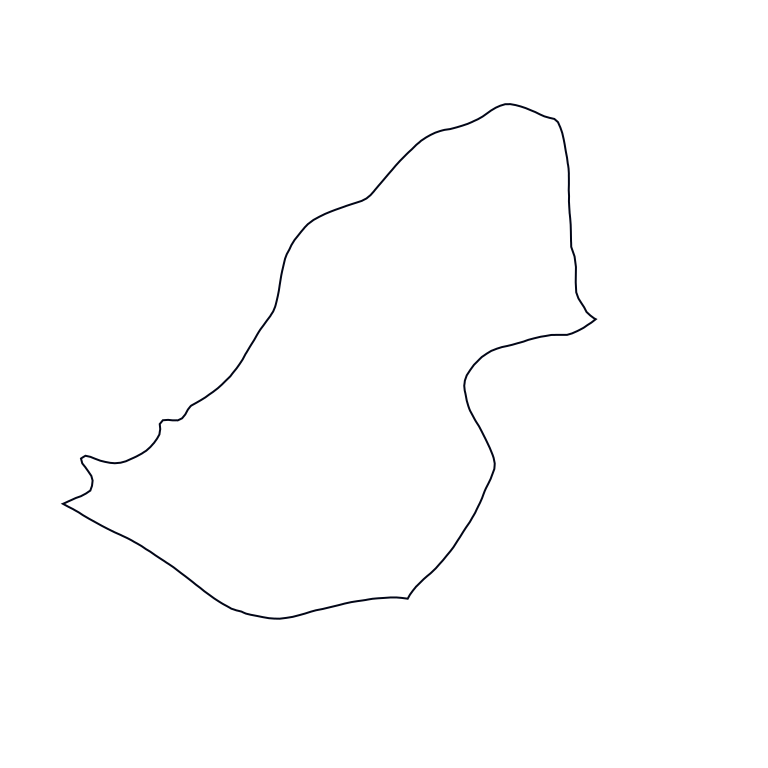 Tarim, Hadramawt, Yemen, rotated 224°
{"feature_id": "15242507B10935646704236", "entity_name": "Tarim", "entity_type": "district", "adm_level": 2, "iso_a3": "YEM", "parent_name": "Yemen", "parent_adm1": "Hadramawt", "projection": "orthographic", "projection_center": [49.084, 16.078], "detail": "fine", "context": "isolated", "style": "outline", "palette": "ink", "viewbox_px": 768, "rotation_deg": 224, "n_neighbors": 0, "source": "geoboundaries", "source_scale": "gbopen_adm2", "svg_char_len": 5559}
<svg xmlns="http://www.w3.org/2000/svg" viewBox="0 0 768 768"><g transform="rotate(224 384 384)"><path d="M526.3,584.7L526.4,583.0L526.9,578.6L527.0,572.4L527.3,567.7L527.4,564.5L527.4,562.9L527.5,555.7L527.3,549.2L526.9,543.6L526.8,541.3L526.6,537.6L526.2,531.6L525.8,525.4L525.7,523.2L525.5,520.5L525.3,517.3L525.1,515.5L524.9,510.4L525.2,508.0L525.5,505.3L527.0,500.9L527.1,500.5L527.4,499.9L529.3,496.3L530.1,494.8L532.1,491.1L534.9,485.8L535.4,484.7L537.7,480.1L539.2,477.1L539.9,475.7L541.5,472.3L542.5,470.1L544.5,465.5L546.7,459.4L547.7,456.2L548.7,453.0L549.8,446.1L549.8,441.2L549.7,440.8L549.4,436.1L548.9,431.1L548.4,425.5L547.1,419.6L545.5,415.0L544.1,409.8L542.2,405.4L539.6,401.0L536.6,396.0L535.9,394.8L533.3,390.7L530.4,386.5L527.4,382.2L526.6,381.1L524.4,378.0L521.5,373.5L518.8,369.0L516.9,365.7L515.9,363.8L515.6,363.0L514.1,359.2L513.3,355.1L513.0,354.0L512.3,348.2L511.4,342.1L511.1,339.6L510.8,337.3L510.2,334.3L509.5,331.3L508.0,325.6L506.8,319.8L506.2,317.1L505.7,315.0L504.7,310.8L504.5,309.6L502.7,303.4L501.7,298.0L500.9,292.8L500.5,288.0L500.3,285.9L499.9,282.9L500.1,276.6L500.2,271.4L500.2,271.1L500.6,265.5L501.3,260.9L501.4,260.0L501.8,258.0L502.4,255.1L502.6,253.9L503.2,250.3L504.5,245.2L504.9,243.8L505.9,240.3L507.7,234.4L507.7,233.3L507.3,229.4L507.0,228.3L505.8,224.1L505.4,219.1L506.2,216.9L507.1,214.5L507.9,213.9L510.6,211.2L514.4,208.2L517.9,204.3L517.7,202.1L517.5,199.4L513.6,196.1L512.4,194.3L510.5,191.7L509.3,187.1L508.5,181.8L508.5,180.9L508.3,176.3L508.7,170.8L509.4,168.0L509.9,165.7L511.2,161.6L511.7,160.0L512.8,157.1L513.9,154.4L516.0,149.1L518.8,144.4L522.6,140.0L526.3,137.0L530.6,134.2L534.9,131.7L535.4,131.5L540.0,129.5L542.2,128.6L544.5,127.7L548.9,125.0L549.6,122.5L550.2,119.9L545.9,117.3L542.1,116.8L541.1,116.7L540.2,116.5L535.9,115.7L534.1,115.3L530.7,114.6L526.5,112.1L523.3,107.9L521.9,104.8L521.2,103.3L521.4,102.6L522.3,98.2L523.8,93.6L524.0,92.9L526.5,87.9L528.3,83.3L529.4,80.6L530.4,78.0L531.1,76.2L531.7,74.8L531.3,74.9L525.9,76.4L520.7,78.0L518.6,78.5L514.4,79.6L509.5,80.5L502.5,82.2L495.5,84.1L488.8,85.9L488.4,86.0L481.7,88.0L474.8,90.2L468.5,92.5L466.9,93.0L462.0,94.7L459.7,95.4L456.9,96.2L453.9,96.9L450.7,97.8L445.8,99.0L442.2,99.6L440.8,99.8L438.7,100.3L435.7,101.0L430.6,101.8L429.8,101.9L424.0,103.0L418.9,104.0L416.4,104.4L414.1,104.9L409.0,105.8L407.7,106.0L404.0,106.4L398.6,107.0L393.2,107.7L386.8,108.4L383.8,108.7L380.0,109.0L374.4,109.7L369.3,110.1L363.7,110.9L363.0,111.0L357.2,111.8L352.5,112.7L350.1,113.2L347.4,113.8L345.9,114.2L342.7,115.1L338.9,116.1L337.8,116.3L335.4,117.5L333.0,118.6L331.0,119.8L328.4,121.3L326.5,121.9L323.9,122.9L322.5,123.7L319.6,125.4L313.8,129.2L309.1,132.2L306.9,133.7L304.1,135.6L300.0,139.0L296.0,142.7L291.8,147.9L290.3,149.9L287.9,153.1L284.3,159.0L281.3,164.1L278.4,169.5L275.8,173.9L271.8,179.6L267.6,186.2L263.2,193.1L261.3,196.2L259.8,198.7L258.8,200.2L256.0,204.4L252.3,209.3L251.2,210.7L249.3,213.1L247.0,216.1L246.4,217.0L245.6,218.1L243.0,221.6L239.7,225.4L235.4,230.1L231.0,235.0L229.8,236.2L226.9,239.0L222.7,242.4L218.8,245.3L217.8,246.0L219.0,250.5L219.7,255.5L220.1,260.1L220.2,260.4L220.1,261.3L220.0,266.0L219.9,271.2L219.5,275.9L219.0,280.1L218.9,282.1L218.8,284.9L218.7,287.4L218.9,291.4L219.0,293.4L219.1,297.0L219.2,298.8L219.7,304.3L220.1,309.8L220.7,314.9L221.9,320.8L222.3,322.7L223.0,326.6L224.4,333.0L225.3,337.6L226.3,343.8L226.4,344.4L227.8,349.8L228.1,351.2L229.0,354.8L230.2,358.2L230.8,360.1L231.2,361.3L232.4,365.2L234.2,370.1L235.9,373.9L236.4,375.1L237.1,376.7L238.2,379.7L239.8,385.0L241.4,389.9L243.0,393.5L243.5,394.7L244.0,395.8L245.6,399.5L247.8,402.2L249.2,403.8L253.8,407.0L256.5,408.4L258.5,409.3L263.5,411.5L269.6,413.8L273.4,415.2L274.6,415.6L280.9,417.8L286.3,419.6L291.8,420.9L293.9,421.5L297.9,422.8L303.6,424.6L305.6,425.5L308.0,426.7L312.9,429.5L317.1,432.5L319.1,433.9L321.3,435.3L325.1,438.5L326.7,440.7L328.1,442.5L328.3,442.9L330.5,447.7L330.8,449.3L331.7,454.0L332.6,460.3L332.5,465.6L332.5,468.1L332.4,471.4L331.9,473.7L331.2,477.2L329.8,482.5L329.3,483.5L327.3,487.9L324.8,492.5L323.1,495.0L321.8,496.9L319.0,501.3L315.9,506.7L315.5,507.3L313.0,511.6L311.8,514.1L310.8,516.1L307.9,520.9L304.4,526.4L304.0,527.0L301.1,530.8L298.0,535.1L297.8,535.4L296.6,536.6L294.0,539.2L290.2,542.9L286.4,546.6L283.9,551.0L281.7,556.4L280.8,559.0L279.6,562.7L279.3,563.9L278.6,567.6L277.5,572.2L277.1,574.9L276.7,577.7L277.4,577.5L278.4,577.2L283.2,576.6L288.3,576.5L290.1,577.1L293.3,578.2L298.6,579.4L303.5,580.6L306.2,581.9L308.2,582.9L309.3,583.4L316.7,590.3L327.2,601.5L335.5,608.1L344.6,612.7L345.1,613.2L347.5,615.6L348.6,616.6L352.1,620.1L355.6,623.6L360.4,628.3L364.9,632.3L368.2,635.1L369.1,635.8L370.5,637.1L373.9,640.2L376.8,642.9L377.7,643.7L381.4,647.7L385.7,651.7L388.9,655.2L390.2,656.6L390.9,657.3L393.9,660.4L396.0,662.5L397.3,663.9L399.5,665.9L400.9,667.2L403.3,669.1L404.9,670.2L409.5,673.9L414.9,677.7L420.4,681.8L421.8,682.8L424.8,684.9L430.0,688.3L431.9,689.3L435.5,691.1L436.8,691.6L440.7,693.2L441.5,693.2L445.6,693.0L449.9,690.4L450.3,690.2L454.6,687.9L459.0,686.3L464.1,684.7L466.8,683.6L469.1,682.7L473.2,681.1L473.7,680.9L478.5,678.6L483.0,676.1L487.5,673.1L491.3,669.3L491.6,668.7L493.7,664.9L495.5,660.5L495.8,659.4L497.0,655.0L497.4,652.7L498.0,649.4L498.8,645.1L498.9,644.7L500.4,639.6L502.1,635.3L502.7,633.6L504.6,629.1L505.4,627.6L507.1,624.3L508.5,621.8L509.9,619.3L511.7,616.3L513.6,613.2L516.9,609.0L518.1,607.1L519.4,604.9L521.7,600.4L523.5,595.6L524.8,591.3L525.1,590.2L525.5,588.3L526.3,584.7Z" fill="none" stroke="#020617" stroke-width="2"/></g></svg>